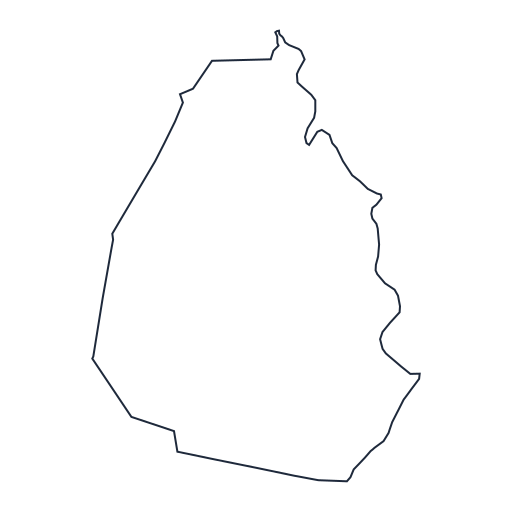 outline of Abu Hujar, Sennar, Sudan
{"feature_id": "16777658B38113510529879", "entity_name": "Abu Hujar", "entity_type": "district", "adm_level": 2, "iso_a3": "SDN", "parent_name": "Sudan", "parent_adm1": "Sennar", "projection": "robinson", "projection_center": [34.02, 12.663], "detail": "fine", "context": "isolated", "style": "outline", "palette": "slate", "viewbox_px": 512, "rotation_deg": 0, "n_neighbors": 0, "source": "geoboundaries", "source_scale": "gbopen_adm2", "svg_char_len": 1576}
<svg xmlns="http://www.w3.org/2000/svg" viewBox="0 0 512 512"><path d="M419.7,373.7L419.4,373.7L419.0,373.7L410.3,373.9L400.9,366.3L385.8,353.4L382.6,348.9L381.4,344.4L380.1,339.2L382.5,332.0L390.0,322.8L399.6,312.3L400.0,306.3L398.0,295.7L394.6,289.7L385.0,283.3L377.3,274.2L375.6,270.4L375.9,264.8L378.1,256.5L379.1,244.6L378.5,237.8L377.7,228.5L376.4,223.8L372.4,218.6L371.3,213.8L372.4,207.8L376.4,204.7L381.6,198.2L380.8,194.5L376.9,193.5L367.8,188.9L360.0,181.3L352.2,175.3L342.9,161.1L337.8,150.5L336.6,148.0L332.3,143.2L329.5,134.9L321.8,129.9L317.3,131.8L309.1,144.9L306.5,143.1L305.0,137.0L307.6,128.3L314.1,117.8L315.3,111.4L315.3,100.2L311.3,94.8L301.4,86.1L297.5,82.5L296.9,74.1L298.7,70.0L304.6,59.4L301.1,51.1L298.7,49.0L289.1,45.1L285.2,42.4L283.2,38.0L281.9,36.4L280.4,35.3L279.2,33.6L279.0,30.7L277.0,31.1L275.3,32.3L277.2,36.4L277.4,43.1L278.5,45.6L273.4,50.8L270.7,59.3L212.0,60.8L193.0,88.7L180.0,94.2L182.9,102.6L175.1,121.4L164.3,143.3L155.1,161.3L138.5,189.3L118.7,222.8L112.3,233.7L113.1,239.7L111.5,248.3L102.7,298.0L93.3,356.5L92.3,358.6L107.0,380.5L131.4,416.9L174.0,431.1L177.4,451.7L214.1,459.3L256.7,467.9L294.6,475.8L297.5,476.3L310.8,478.8L318.3,480.2L336.8,480.9L339.5,481.0L346.9,481.3L350.4,477.3L350.5,477.1L351.3,475.2L353.7,469.4L359.3,463.6L362.7,460.0L364.7,457.9L370.7,451.0L372.5,449.6L374.5,447.8L383.2,441.4L383.5,441.2L388.6,432.9L389.6,429.7L392.2,422.1L394.1,418.4L397.1,412.5L398.3,410.2L403.7,399.5L405.1,397.7L410.5,390.4L410.9,389.8L412.4,387.8L419.1,378.9L419.7,373.7Z" fill="none" stroke="#1e293b" stroke-width="2"/></svg>